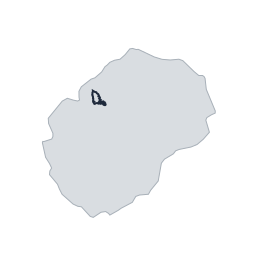 location of Gazi Baba, Gazi Baba, North Macedonia, rotated 334°
{"feature_id": "65306769B82299046319271", "entity_name": "Gazi Baba", "entity_type": "district", "adm_level": 2, "iso_a3": "MKD", "parent_name": "North Macedonia", "parent_adm1": "Gazi Baba", "projection": "equal_earth", "projection_center": [21.531, 42.028], "detail": "fine", "context": "in_parent", "style": "outline", "palette": "slate", "viewbox_px": 256, "rotation_deg": 334, "n_neighbors": 0, "source": "geoboundaries", "source_scale": "gbopen_adm2", "svg_char_len": 2004}
<svg xmlns="http://www.w3.org/2000/svg" viewBox="0 0 256 256"><g transform="rotate(334 128 128)"><path d="M116.3,67.9L120.3,68.4L128.9,66.1L134.2,62.8L136.9,62.3L140.5,61.0L145.7,61.2L151.0,62.7L157.7,60.8L164.3,57.7L167.0,58.5L169.8,61.1L171.7,61.8L182.7,75.6L188.7,81.2L195.8,85.4L203.9,88.5L206.8,91.5L212.1,106.2L214.6,111.8L218.0,113.5L218.9,115.1L219.0,117.2L215.3,127.6L213.9,150.9L212.9,152.8L208.9,152.7L203.5,153.2L201.4,155.0L199.3,167.5L190.7,171.1L182.9,173.1L176.2,172.7L164.6,169.7L160.8,169.4L157.5,171.1L147.1,172.0L142.6,174.2L131.9,188.9L121.0,193.9L117.3,196.5L109.0,193.3L105.0,192.9L99.3,196.7L86.7,197.1L83.2,197.7L73.5,198.3L73.1,196.3L71.3,193.3L66.8,191.9L57.6,193.1L55.3,190.9L51.6,178.4L48.6,176.4L45.3,172.3L39.7,158.7L39.6,152.8L40.0,147.6L37.0,135.5L38.9,132.4L41.8,130.5L41.9,125.6L41.1,118.2L44.6,103.7L45.5,102.7L46.4,103.3L54.6,104.5L56.8,102.7L58.2,99.8L58.6,89.2L60.6,84.3L80.7,75.0L86.5,74.7L91.0,78.9L94.6,81.7L96.7,81.6L97.5,78.8L100.0,73.5L104.1,70.5L116.2,67.9L116.3,67.9Z" fill="#d9dde1" stroke="#a8b0b8" stroke-width="1"/><path d="M112.8,79.2L112.5,80.1L112.1,80.1L111.4,80.8L110.9,82.1L110.5,82.3L110.2,83.5L110.4,84.0L109.7,85.9L109.5,86.1L109.6,86.6L108.4,88.5L109.0,89.2L108.4,89.3L108.1,89.7L108.4,91.0L108.3,91.4L108.7,91.8L109.4,91.4L110.8,91.9L111.7,92.5L112.0,93.1L112.6,93.1L112.6,92.9L112.9,92.9L113.0,93.1L112.8,93.3L113.0,93.5L113.3,93.5L113.4,93.1L113.8,93.9L114.1,93.7L114.6,93.8L114.9,94.3L115.4,94.5L115.4,94.9L116.3,95.4L116.3,95.8L117.1,96.3L117.1,96.5L116.6,96.8L116.9,97.1L117.4,97.0L117.7,97.4L118.0,97.3L118.3,96.8L117.8,95.9L118.2,95.5L117.9,95.2L118.1,94.9L117.7,94.7L118.0,94.4L117.5,93.6L116.9,93.5L117.1,93.2L115.3,92.7L114.0,91.8L114.4,91.7L114.5,91.4L115.3,91.1L115.2,90.7L115.5,90.6L115.2,90.3L115.5,90.2L115.2,89.2L115.4,89.2L115.2,88.5L116.1,88.2L115.9,86.4L115.6,86.3L116.1,85.8L115.9,85.2L116.1,84.7L115.9,84.1L115.6,83.8L115.2,83.1L115.2,82.0L114.0,81.0L112.8,79.2Z" fill="none" stroke="#1e293b" stroke-width="2"/></g></svg>